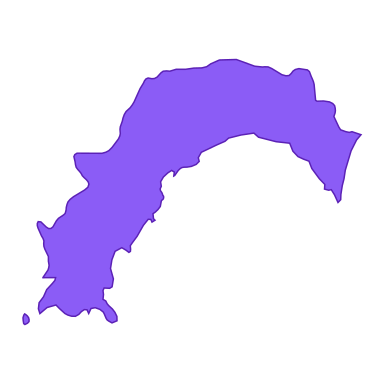 an SVG outline of Kōchi
{"feature_id": "JPN-1834", "entity_name": "Kōchi", "entity_type": "Prefecture", "adm_level": 1, "iso_a3": "JPN", "parent_name": "Japan", "parent_adm1": "", "projection": "mercator", "projection_center": [133.234, 33.28], "detail": "fine", "context": "isolated", "style": "filled", "palette": "violet", "viewbox_px": 384, "rotation_deg": 0, "n_neighbors": 0, "source": "natural_earth", "source_scale": "10m", "svg_char_len": 3081}
<svg xmlns="http://www.w3.org/2000/svg" viewBox="0 0 384 384"><path d="M361.0,134.7L356.6,139.9L351.1,150.8L345.3,170.2L344.0,178.8L342.3,185.5L341.8,188.6L340.9,194.4L340.7,199.7L338.0,202.5L334.5,194.8L331.3,189.7L328.6,190.2L324.5,189.1L324.8,184.4L319.4,178.8L311.8,168.5L309.0,161.2L303.4,159.1L298.0,156.6L292.9,151.2L289.7,143.2L276.1,141.7L258.5,137.2L253.9,133.1L241.0,135.0L228.6,138.1L225.0,141.3L216.8,144.9L201.3,152.3L198.3,157.7L199.2,161.4L196.2,164.4L191.4,166.4L187.0,167.1L183.9,167.2L181.8,167.6L180.2,168.6L178.3,170.4L174.7,175.5L173.8,176.0L174.3,172.0L173.0,171.3L171.7,170.4L167.8,172.9L163.4,177.0L160.6,181.8L161.3,186.3L160.1,189.0L160.6,190.9L161.8,192.5L162.5,194.2L162.8,195.3L163.5,196.1L163.7,197.1L163.4,198.8L162.6,199.7L161.7,200.3L161.3,201.1L160.3,206.5L158.0,209.5L155.3,212.1L153.0,213.7L153.5,218.7L155.0,220.2L152.0,222.1L150.8,219.4L148.2,219.3L143.4,225.3L137.1,236.3L132.3,242.8L130.3,245.7L130.6,249.3L130.4,251.4L128.9,252.4L126.0,250.2L121.8,247.7L115.1,251.3L111.9,259.8L110.5,268.5L113.4,278.9L112.1,286.8L109.7,288.3L104.1,288.0L103.0,290.6L103.5,294.5L103.0,299.3L105.8,301.0L107.1,303.7L108.7,305.6L112.4,309.0L114.9,312.3L116.9,316.4L117.0,320.8L112.0,322.9L108.6,321.0L107.1,319.9L106.1,318.3L104.2,313.8L103.3,312.1L99.9,309.4L95.2,307.7L91.0,308.5L88.7,313.5L87.0,309.8L84.3,309.6L81.4,311.6L78.8,314.4L75.4,316.3L71.5,316.2L67.7,315.0L64.9,313.5L59.5,308.6L56.0,305.0L47.1,307.5L39.9,313.6L38.4,308.8L39.1,302.7L43.5,296.8L46.7,289.6L52.5,283.3L54.9,280.4L55.6,277.6L42.3,277.7L42.9,277.6L48.0,270.0L48.7,267.7L49.1,265.3L48.4,261.2L48.4,256.5L44.8,249.0L43.9,246.3L43.7,243.7L43.9,240.9L43.0,238.4L41.5,235.9L38.0,228.0L37.3,225.6L37.3,223.5L38.2,221.6L40.9,221.9L46.3,227.1L48.7,228.6L51.1,228.4L53.0,226.8L56.4,220.8L58.5,218.3L63.6,214.9L65.1,213.5L65.6,211.9L66.1,209.9L66.3,207.3L67.0,204.5L68.0,201.9L70.1,199.4L73.5,196.7L84.6,190.0L87.9,187.2L88.9,184.1L88.1,181.8L86.4,179.7L84.1,177.6L82.3,175.7L81.1,173.4L79.6,171.5L77.8,169.5L76.2,167.3L75.5,164.7L75.1,161.8L73.9,156.6L74.8,154.6L77.0,153.2L102.0,153.3L105.9,152.2L108.9,150.6L112.1,147.4L118.4,139.0L119.8,136.0L120.3,133.7L120.0,129.3L120.3,126.8L122.3,121.2L123.0,118.1L124.3,114.5L126.1,111.5L130.2,107.7L132.3,104.9L134.1,101.9L140.1,88.6L143.4,83.2L144.5,80.8L146.0,78.9L148.1,78.0L151.8,78.7L154.5,78.5L157.1,77.1L161.0,72.8L163.2,71.2L166.6,70.9L169.8,71.2L176.1,69.3L185.5,69.3L193.8,68.1L201.8,67.9L206.7,66.7L210.8,63.8L219.4,60.0L236.3,59.5L254.7,66.2L262.5,67.0L264.6,66.8L268.1,66.9L271.7,68.5L281.9,74.7L286.0,75.8L289.1,75.5L291.3,73.4L293.0,71.1L295.3,69.5L298.9,68.6L307.4,69.9L309.4,71.6L311.2,76.4L312.4,79.1L313.4,81.6L314.1,84.3L315.6,100.3L317.0,101.2L323.6,101.0L329.5,101.9L332.7,103.5L334.6,105.6L335.2,108.2L335.4,110.7L335.1,112.9L333.9,116.5L338.8,127.0L340.6,129.8L345.9,131.7L349.3,132.4L352.0,131.7L361.0,134.7ZM27.3,315.9L28.6,317.7L29.1,319.7L29.0,321.6L27.5,323.2L24.9,324.5L23.7,323.6L23.2,320.6L23.0,317.8L23.8,315.1L24.7,313.9L25.9,314.7L26.5,315.2L27.3,315.9Z" fill="#8b5cf6" stroke="#5b21b6" stroke-width="1.5"/></svg>